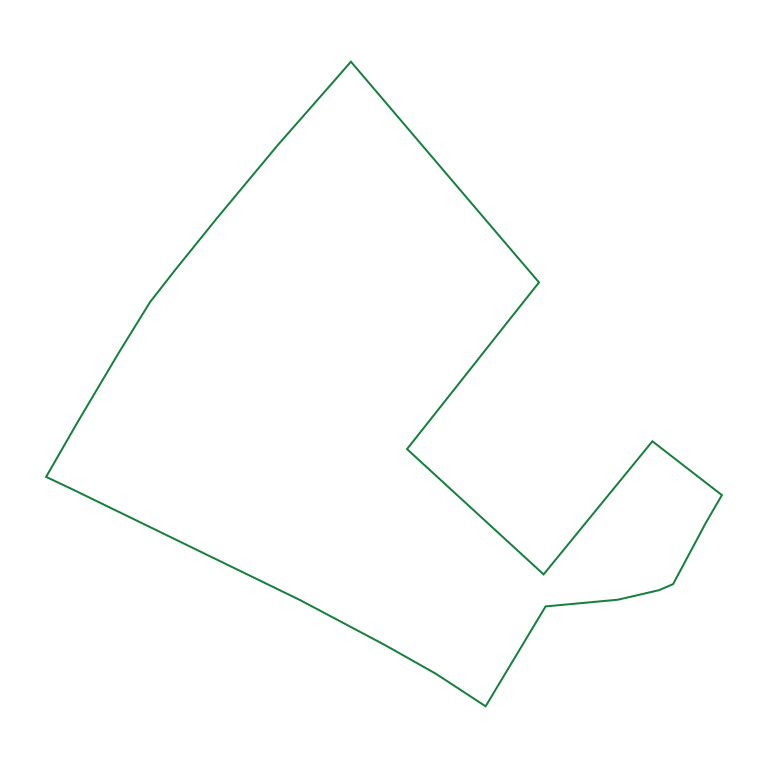 Arad, Arad, Romania
{"feature_id": "2599482B31785088370324", "entity_name": "Arad", "entity_type": "district", "adm_level": 2, "iso_a3": "ROU", "parent_name": "Romania", "parent_adm1": "Arad", "projection": "orthographic", "projection_center": [21.166, 46.054], "detail": "fine", "context": "isolated", "style": "outline", "palette": "green", "viewbox_px": 768, "rotation_deg": 0, "n_neighbors": 0, "source": "geoboundaries", "source_scale": "gbopen_adm2", "svg_char_len": 493}
<svg xmlns="http://www.w3.org/2000/svg" viewBox="0 0 768 768"><path d="M407.0,449.1L512.1,316.3L539.0,282.4L506.1,243.9L361.3,73.9L350.9,61.7L332.4,82.9L278.1,144.7L217.5,217.5L174.8,270.4L150.1,302.0L118.0,354.0L76.5,424.0L46.1,476.9L73.4,489.8L206.7,554.7L300.1,600.1L385.0,645.1L435.9,673.8L485.6,706.3L545.6,606.4L617.8,599.7L658.9,590.2L673.1,584.1L706.0,522.5L721.9,495.1L687.1,468.2L652.4,441.3L598.0,507.8L543.6,574.4L407.0,449.1Z" fill="none" stroke="#15803d" stroke-width="2"/></svg>